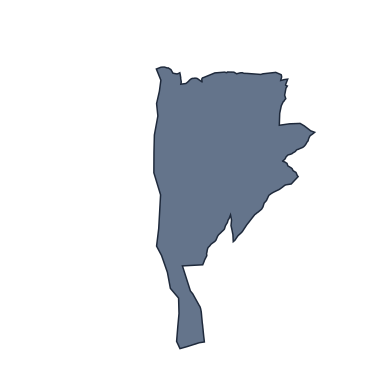 outline of Ga North Municipal, Greater Accra, Ghana, rotated 27°
{"feature_id": "2480657B39319620746428", "entity_name": "Ga North Municipal", "entity_type": "district", "adm_level": 2, "iso_a3": "GHA", "parent_name": "Ghana", "parent_adm1": "Greater Accra", "projection": "albers", "projection_center": [-0.267, 5.712], "detail": "fine", "context": "isolated", "style": "filled", "palette": "slate", "viewbox_px": 384, "rotation_deg": 27, "n_neighbors": 0, "source": "geoboundaries", "source_scale": "gbopen_adm2", "svg_char_len": 3589}
<svg xmlns="http://www.w3.org/2000/svg" viewBox="0 0 384 384"><g transform="rotate(27 192 192)"><path d="M279.6,130.1L278.3,129.5L275.8,127.4L272.4,127.1L271.7,126.6L270.9,126.0L270.5,125.7L270.1,125.7L269.6,125.5L265.5,125.2L263.7,123.4L260.9,123.1L260.1,123.3L258.8,123.4L258.7,123.3L259.6,121.3L259.8,120.7L259.9,119.9L259.9,119.0L259.8,118.5L259.8,118.4L260.5,115.9L261.0,115.1L261.6,114.6L262.7,113.6L263.1,113.1L263.6,112.6L264.3,111.1L264.8,110.4L265.2,109.7L265.4,109.4L265.6,109.1L265.8,108.4L265.9,107.6L266.1,107.1L266.3,106.7L267.5,105.5L268.0,104.8L268.5,104.2L268.9,103.7L269.3,103.3L270.4,102.0L270.8,101.2L271.0,100.7L271.2,100.3L271.4,99.5L271.7,98.2L271.8,96.3L271.8,95.4L272.2,94.0L272.1,93.6L272.1,93.2L271.9,92.4L271.7,91.2L271.6,88.8L272.0,87.6L272.7,86.4L273.7,84.3L274.2,83.1L269.9,83.6L262.0,82.1L257.2,81.8L247.9,87.0L239.5,92.9L234.4,82.0L232.4,74.6L232.3,70.3L232.7,69.3L232.8,67.8L233.2,66.3L232.0,65.1L230.6,63.7L228.6,56.9L228.8,54.3L227.1,54.5L226.8,54.3L226.6,53.4L226.0,48.0L223.1,50.0L220.4,52.4L220.2,51.7L220.0,50.3L219.8,49.3L219.8,49.2L219.6,48.8L219.5,48.5L219.4,48.4L218.8,47.6L218.2,47.0L212.3,47.4L201.5,54.5L200.0,56.0L187.1,61.4L184.4,62.7L182.6,62.9L180.9,63.9L178.1,66.4L174.9,66.2L169.1,69.0L168.9,69.7L168.6,70.0L166.6,70.4L165.8,70.9L158.3,75.5L150.4,84.7L149.6,85.5L149.4,86.2L149.5,86.5L149.5,87.0L149.8,87.6L150.6,88.7L150.9,89.2L150.9,89.3L148.9,89.1L148.0,88.9L147.1,88.8L146.1,88.6L145.0,88.5L144.1,88.7L143.4,89.0L142.6,89.4L142.0,89.9L141.2,90.3L140.8,90.6L140.5,90.8L139.9,91.6L139.6,92.2L139.2,93.1L138.9,93.9L138.8,94.5L138.6,95.1L138.1,96.4L137.6,97.5L137.3,98.1L133.1,101.0L132.5,98.8L130.5,96.2L130.0,95.2L128.3,92.9L127.0,91.3L126.3,92.3L125.1,93.6L121.1,94.8L117.6,92.5L114.5,92.2L113.8,92.6L113.2,92.8L112.5,92.9L111.8,93.0L110.7,93.2L109.9,93.6L109.2,94.0L108.4,94.5L107.7,94.9L104.4,98.6L113.5,106.5L117.2,117.0L120.3,129.3L127.1,139.8L132.6,158.3L140.0,173.7L149.3,192.2L165.3,208.8L178.9,239.6L185.0,256.3L193.7,262.4L206.6,274.8L216.5,287.7L228.2,292.6L235.6,306.2L240.5,318.5L246.1,332.1L252.4,337.0L257.9,331.9L266.9,323.0L271.1,320.0L268.8,316.5L268.5,316.1L266.3,312.7L265.0,310.7L263.9,308.9L263.7,308.7L261.8,305.7L260.4,303.7L259.6,302.4L257.3,298.8L256.5,297.5L254.6,294.5L254.1,293.9L253.5,293.1L252.6,292.0L251.8,291.2L251.2,290.6L250.6,290.2L250.0,289.9L238.9,282.4L235.5,280.9L217.0,262.2L234.6,252.0L234.3,248.3L234.1,247.1L234.1,242.1L234.0,241.8L233.1,240.5L232.8,239.9L232.6,238.7L232.4,238.4L232.3,237.7L232.1,237.4L231.6,235.1L231.6,234.0L232.2,232.3L232.6,230.1L232.9,229.3L234.8,225.6L235.1,224.4L235.2,224.0L235.0,221.5L235.0,221.0L234.9,220.6L234.9,220.3L234.9,219.6L235.1,218.0L235.6,216.7L236.1,215.3L236.2,215.0L236.3,214.7L236.6,213.7L236.9,213.0L237.2,212.1L237.4,211.6L237.7,210.3L237.1,206.7L237.2,206.0L237.2,205.3L237.3,204.3L237.4,203.6L237.3,202.5L237.1,201.9L237.1,201.6L236.9,200.5L237.1,199.1L237.1,198.9L236.7,194.9L240.0,199.1L242.0,204.2L244.8,207.6L247.4,210.9L247.9,211.5L248.2,212.1L251.3,217.5L252.1,215.6L252.4,213.2L252.6,211.7L252.7,210.9L252.8,210.2L253.1,209.3L253.5,208.3L254.2,206.5L254.5,205.5L254.8,204.5L255.1,201.8L255.7,196.3L256.4,193.0L256.8,190.7L258.2,183.6L259.0,182.1L259.2,181.4L260.0,180.0L261.8,175.7L262.0,173.1L261.3,169.2L262.2,165.8L262.0,160.4L262.0,160.2L262.2,159.6L262.8,158.5L263.1,157.8L263.7,156.8L264.7,155.2L265.4,154.3L266.9,152.3L268.2,150.7L268.7,149.9L269.0,149.4L269.3,148.8L270.3,146.8L271.6,144.0L271.9,143.5L272.2,143.3L272.4,143.0L276.8,139.8L278.0,135.5L279.6,130.1Z" fill="#64748b" stroke="#1e293b" stroke-width="1.5"/></g></svg>